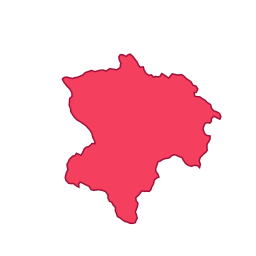 Viçosa, Minas Gerais, Brazil (Equal Earth projection), rotated 142°
{"feature_id": "56859067B7255025326359", "entity_name": "Viçosa", "entity_type": "district", "adm_level": 2, "iso_a3": "BRA", "parent_name": "Brazil", "parent_adm1": "Minas Gerais", "projection": "equal_earth", "projection_center": [-42.883, -20.747], "detail": "fine", "context": "isolated", "style": "filled", "palette": "rose", "viewbox_px": 256, "rotation_deg": 142, "n_neighbors": 0, "source": "geoboundaries", "source_scale": "gbopen_adm2", "svg_char_len": 2666}
<svg xmlns="http://www.w3.org/2000/svg" viewBox="0 0 256 256"><g transform="rotate(142 128 128)"><path d="M208.1,127.5L209.1,124.8L208.8,121.0L207.1,119.2L205.1,117.7L204.3,114.1L203.1,111.6L201.2,114.4L199.1,114.9L197.7,112.5L196.3,109.3L194.6,106.0L195.0,102.1L193.5,100.1L191.6,99.0L189.2,97.5L186.5,94.6L184.8,91.4L185.1,87.4L187.1,84.8L187.7,81.7L186.5,79.5L187.1,76.4L186.8,73.1L188.8,70.8L189.7,67.9L190.8,64.8L189.7,62.2L188.9,59.1L188.0,56.2L186.3,54.2L185.2,51.8L183.1,50.0L180.5,48.9L178.4,50.3L176.3,51.2L174.9,54.2L173.9,57.4L171.4,58.8L168.6,60.6L166.5,62.6L166.5,65.4L164.8,68.3L161.0,68.6L157.9,69.3L155.8,70.0L154.4,68.2L152.0,66.5L150.4,65.1L148.4,65.1L145.6,66.9L142.5,68.2L139.4,70.7L136.6,71.0L133.8,70.3L132.9,73.3L132.8,76.7L131.1,79.1L128.8,80.4L127.0,81.7L125.1,83.0L122.7,82.0L120.2,81.9L118.2,81.3L116.2,80.2L113.7,79.0L110.1,79.3L107.3,77.9L105.5,74.3L103.7,71.7L104.2,68.9L104.4,64.7L103.5,61.5L101.6,58.8L99.0,57.9L96.4,55.7L96.0,52.7L93.3,54.9L92.2,58.1L89.3,60.3L86.4,60.7L83.9,61.0L81.8,60.9L79.4,61.6L77.3,64.7L75.6,66.6L72.4,67.7L70.0,68.9L68.2,71.2L70.0,73.0L71.1,75.1L70.5,78.3L69.3,81.3L66.9,83.0L64.3,84.2L62.0,83.3L60.5,81.4L58.3,81.9L56.9,83.6L55.0,84.3L52.9,84.3L51.6,81.2L50.2,78.4L47.9,79.7L46.9,83.0L48.2,86.2L50.0,89.0L50.0,92.5L48.5,95.5L49.9,99.4L50.1,102.0L51.2,105.1L52.3,108.4L53.9,109.8L55.8,111.8L54.4,115.0L52.3,114.1L49.0,115.7L48.6,119.0L50.5,121.8L49.9,125.4L50.7,128.3L51.6,130.7L51.9,133.6L52.8,137.0L54.8,138.2L56.6,139.5L58.4,141.8L59.8,143.5L62.4,142.9L65.3,142.3L66.0,145.0L66.9,147.6L67.9,150.2L70.6,149.0L73.0,149.8L74.7,151.8L76.6,152.3L76.8,155.5L79.2,156.6L80.1,159.9L79.7,163.7L78.3,166.7L80.8,168.2L81.1,171.0L80.2,174.4L80.2,178.4L80.1,181.3L80.8,184.9L83.0,185.7L85.3,185.4L87.1,189.0L89.0,190.5L91.3,189.8L93.0,186.9L93.7,183.4L95.4,182.2L96.7,180.5L98.7,180.6L101.0,180.7L103.4,183.4L105.9,186.0L108.5,186.2L110.5,186.4L111.5,188.6L113.3,190.0L116.4,191.6L119.4,192.8L121.3,195.8L124.8,197.0L127.7,198.0L131.0,197.6L134.2,198.4L136.8,199.2L138.8,200.4L141.1,201.1L143.3,203.6L145.1,206.0L147.2,207.1L149.6,207.0L150.3,203.3L150.3,198.7L149.8,194.5L150.4,190.6L152.6,187.4L155.9,187.1L157.9,184.8L160.4,182.0L161.3,178.7L163.0,176.2L163.4,172.9L163.6,169.1L163.0,165.1L161.7,162.2L160.6,158.7L159.7,155.8L159.5,152.4L159.3,149.5L159.8,145.8L161.5,142.3L162.3,138.3L163.7,136.0L165.8,137.9L168.0,137.6L170.4,137.5L172.7,138.6L175.0,138.6L177.0,137.6L179.4,136.3L181.9,135.5L183.0,137.6L184.2,139.8L186.6,138.9L189.0,139.9L192.0,139.6L193.8,139.2L195.7,138.1L198.4,137.0L199.9,134.5L201.0,132.2L203.6,131.0L206.2,129.1L208.1,127.5Z" fill="#f43f5e" stroke="#9f1239" stroke-width="1.5"/></g></svg>